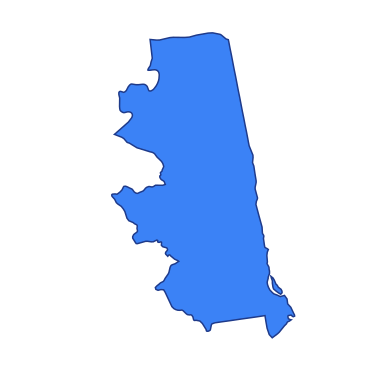 outline of Bas-Congo, rotated 260°
{"feature_id": "COD-1883", "entity_name": "Bas-Congo", "entity_type": "Province", "adm_level": 1, "iso_a3": "COD", "parent_name": "Democratic Republic of the Congo", "parent_adm1": "", "projection": "natural_earth1", "projection_center": [14.09, -5.165], "detail": "fine", "context": "isolated", "style": "filled", "palette": "blue", "viewbox_px": 384, "rotation_deg": 260, "n_neighbors": 0, "source": "natural_earth", "source_scale": "10m", "svg_char_len": 4655}
<svg xmlns="http://www.w3.org/2000/svg" viewBox="0 0 384 384"><g transform="rotate(260 192 192)"><path d="M256.4,134.2L258.1,132.4L262.2,125.6L271.9,141.5L275.5,145.4L276.5,146.1L277.4,146.5L278.3,146.7L279.2,146.6L280.1,146.3L280.9,145.7L281.5,144.8L281.9,143.8L282.1,142.8L282.1,141.7L281.9,139.6L282.0,138.5L282.5,137.5L283.2,136.7L284.1,135.9L285.0,135.4L286.6,135.3L288.8,135.5L297.1,137.1L300.5,136.9L302.5,137.2L303.4,137.9L303.6,138.8L303.2,139.8L302.0,142.0L302.3,143.3L303.3,144.9L306.7,147.5L308.1,149.1L308.8,150.4L308.8,151.4L307.4,155.5L307.0,157.6L306.7,162.0L306.5,163.1L306.1,164.1L305.4,165.0L304.6,165.7L303.7,166.2L302.8,166.4L300.0,166.9L299.1,167.3L298.7,168.3L298.8,169.7L299.7,171.8L300.8,173.1L302.8,175.2L304.8,176.8L307.3,178.3L309.2,179.1L313.1,180.1L315.0,180.1L316.0,179.9L317.0,179.4L317.8,178.7L318.3,177.9L318.6,177.4L318.9,176.4L319.1,174.3L319.2,171.6L319.4,170.4L319.8,169.7L320.6,170.1L321.5,170.8L323.7,172.9L327.0,174.2L330.6,176.1L349.5,177.2L347.8,183.3L347.3,186.4L347.9,197.1L347.6,200.4L345.5,211.5L345.0,216.3L345.7,223.6L345.7,235.4L345.4,238.1L345.1,240.1L342.6,246.5L342.1,247.5L341.3,248.3L336.8,252.1L335.7,254.2L333.6,254.3L326.6,254.4L319.5,254.6L312.4,254.7L305.4,254.8L298.3,255.0L291.3,255.1L284.2,255.2L277.1,255.4L270.1,255.5L263.0,255.6L255.9,255.8L248.9,255.9L241.8,256.1L234.7,256.2L231.8,256.2L227.5,256.3L217.7,258.4L215.3,258.1L210.4,256.7L206.8,257.4L199.8,257.2L191.8,257.1L190.2,256.8L185.7,255.0L183.9,254.7L174.7,255.5L173.5,255.0L171.7,253.8L168.7,252.8L158.1,253.7L145.3,254.9L139.2,254.2L138.4,254.4L137.0,255.0L136.1,255.1L133.8,254.3L127.6,254.1L125.1,254.1L124.5,254.5L123.0,256.4L122.1,257.2L119.7,255.7L116.5,254.7L109.9,254.1L108.8,253.5L107.6,253.7L105.1,254.6L103.9,254.7L102.6,254.5L100.8,254.6L98.4,254.2L94.8,252.2L93.7,252.0L91.0,250.7L89.7,250.3L87.6,250.3L84.7,250.8L81.9,251.7L79.9,253.1L79.3,253.4L77.5,254.9L76.6,256.4L75.7,258.0L73.7,260.8L74.1,265.1L70.2,267.0L65.2,266.8L61.3,269.3L55.0,271.0L53.0,271.6L51.9,271.5L51.6,270.1L52.0,269.4L53.6,268.2L53.6,266.0L53.6,265.3L52.8,264.8L51.5,264.8L50.3,265.0L50.0,265.7L49.5,266.1L48.9,267.5L48.0,265.6L47.6,263.9L47.3,263.3L46.9,262.9L46.0,262.3L45.7,262.0L44.1,259.7L38.8,253.6L37.5,251.6L34.5,245.7L38.2,243.3L44.8,242.3L51.9,242.3L57.6,242.4L57.8,234.1L58.0,228.3L58.4,217.1L58.7,206.4L59.0,198.7L59.2,191.8L58.7,188.8L57.8,188.0L53.0,186.1L52.6,185.6L52.3,184.8L52.1,183.8L52.2,183.0L52.5,182.2L53.0,182.0L53.6,182.1L54.2,182.0L60.7,179.4L63.6,177.3L64.9,173.9L65.1,172.0L65.8,171.4L68.8,171.2L70.7,170.4L71.3,169.4L71.4,168.0L72.1,166.1L73.3,165.0L76.7,162.6L77.5,161.5L77.6,159.5L78.1,157.4L79.0,155.6L80.3,153.9L82.6,152.3L97.8,148.2L100.6,147.1L101.3,144.5L101.1,141.5L102.4,139.5L104.3,139.3L105.9,141.5L106.6,142.9L108.0,145.2L108.9,148.2L109.7,149.1L111.7,150.6L115.4,154.3L116.8,155.3L121.5,157.3L122.6,158.0L123.4,158.8L123.8,159.9L124.3,163.0L126.0,166.9L126.8,166.2L128.9,163.2L132.9,159.8L133.8,159.3L134.0,158.6L133.7,157.8L132.9,157.0L135.4,155.3L136.3,155.2L137.3,155.7L138.8,157.5L139.8,158.0L140.5,157.8L141.4,157.4L143.1,153.8L144.7,152.6L145.4,152.7L147.2,153.2L147.9,153.2L148.3,152.5L148.1,150.9L148.4,149.9L149.0,149.5L149.7,149.7L150.2,149.8L150.8,149.0L149.7,145.2L150.0,143.2L151.2,139.6L151.5,137.8L150.6,129.2L150.9,128.1L151.8,127.6L156.8,125.6L158.3,125.8L160.1,127.1L160.8,128.2L161.9,130.5L162.7,131.4L163.4,131.6L165.6,131.5L168.0,132.2L168.7,132.2L169.5,131.6L170.8,129.8L172.1,128.8L172.2,128.6L172.4,128.3L174.7,124.8L177.5,123.4L184.4,122.5L187.3,121.4L190.2,119.8L193.1,116.8L194.7,115.6L198.2,114.6L201.6,112.5L203.0,112.4L203.5,112.8L203.7,113.5L203.6,114.5L203.5,115.6L203.2,116.9L202.9,117.4L202.9,117.9L203.5,119.2L204.7,121.4L206.2,123.4L208.9,125.4L209.4,126.0L209.2,127.7L208.1,129.5L206.8,131.2L205.9,132.6L205.0,133.7L202.1,135.1L200.8,136.4L200.2,137.7L200.1,138.4L200.7,140.4L201.4,143.8L202.5,145.5L203.7,146.7L204.5,148.2L204.9,150.4L204.7,151.3L204.1,152.8L203.9,153.7L204.0,154.7L204.3,155.6L204.7,156.4L205.0,157.3L203.7,164.3L204.1,167.0L205.4,166.7L206.9,166.5L207.8,165.9L209.4,164.0L210.4,163.4L211.9,162.9L213.3,163.0L213.9,164.0L214.3,164.3L215.9,164.2L216.6,164.3L216.9,164.7L217.6,165.9L217.9,166.1L218.9,166.5L221.3,168.2L222.2,168.6L225.1,168.2L227.4,167.3L232.5,163.6L236.2,161.8L237.4,160.6L238.2,159.3L238.8,157.8L245.1,145.5L251.1,138.7L251.6,137.6L252.3,136.6L256.4,134.2ZM88.3,255.3L90.5,255.7L92.0,255.5L93.5,255.2L95.2,255.1L93.2,256.9L91.0,257.7L86.7,258.7L85.6,259.6L83.2,260.5L80.7,262.8L78.8,263.4L77.1,263.2L75.9,261.6L77.5,259.8L79.7,257.7L82.3,255.5L84.3,255.2L88.3,255.3Z" fill="#3b82f6" stroke="#1e3a8a" stroke-width="1.5"/></g></svg>